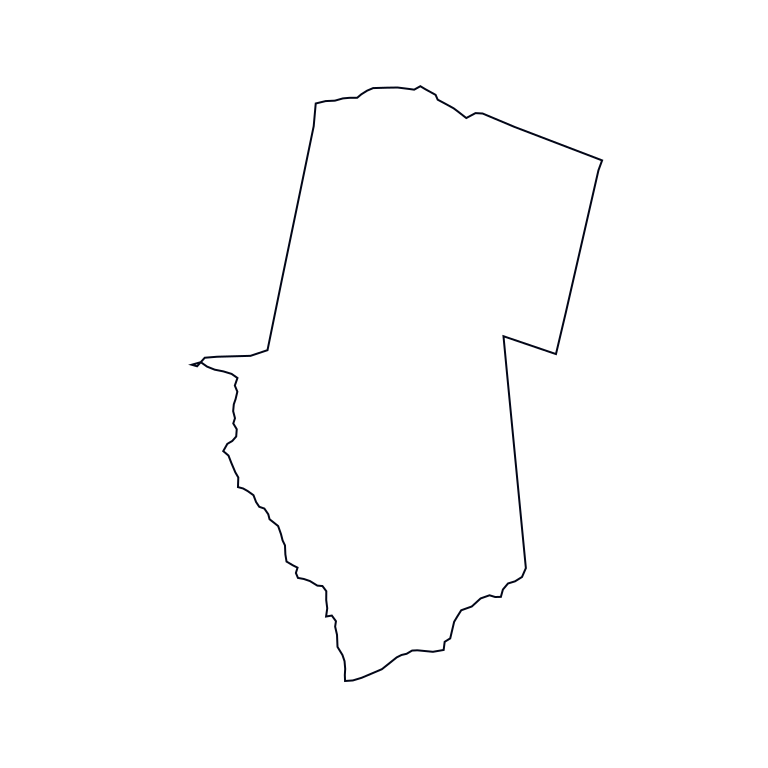 the district of Catingueira, Paraíba, Brazil, rotated 17°
{"feature_id": "56859067B50931657389991", "entity_name": "Catingueira", "entity_type": "district", "adm_level": 2, "iso_a3": "BRA", "parent_name": "Brazil", "parent_adm1": "Paraíba", "projection": "orthographic", "projection_center": [-37.613, -7.154], "detail": "fine", "context": "isolated", "style": "outline", "palette": "ink", "viewbox_px": 768, "rotation_deg": 17, "n_neighbors": 0, "source": "geoboundaries", "source_scale": "gbopen_adm2", "svg_char_len": 1691}
<svg xmlns="http://www.w3.org/2000/svg" viewBox="0 0 768 768"><g transform="rotate(17 384 384)"><path d="M202.4,416.7L209.7,419.1L217.9,419.8L226.7,418.9L235.3,418.9L242.1,421.1L241.8,429.1L246.0,434.2L246.5,441.9L246.3,447.3L247.7,454.1L251.5,460.3L251.4,465.8L256.4,470.3L258.0,477.4L255.6,482.8L251.7,487.0L249.9,495.2L256.2,497.9L261.0,504.0L267.7,512.0L272.0,516.0L274.5,525.3L279.8,525.1L284.8,526.2L291.7,528.5L296.2,534.3L300.6,537.9L306.0,538.1L311.4,542.4L314.1,546.8L319.3,548.8L324.3,550.8L329.4,557.7L332.8,563.3L336.5,567.3L339.5,575.8L342.7,582.3L349.7,584.0L355.0,584.9L355.0,590.5L358.4,594.6L364.3,593.9L370.8,594.1L379.2,596.3L384.2,595.2L389.4,599.0L391.9,607.5L395.3,615.1L396.6,623.3L401.8,620.7L407.4,624.9L408.2,630.3L412.4,637.6L416.4,649.0L423.5,655.3L427.3,660.6L430.2,667.8L431.6,673.7L433.6,679.4L440.9,676.6L448.5,671.5L457.7,663.8L465.4,657.3L476.1,641.7L480.0,638.0L484.5,635.4L488.8,630.7L493.8,628.9L509.1,625.8L518.8,620.9L517.4,612.8L521.7,607.9L520.6,590.9L522.0,585.2L524.0,577.8L533.0,571.1L539.1,560.8L546.7,555.2L552.6,555.2L558.0,553.4L557.8,545.8L560.9,538.5L567.0,534.4L572.4,528.2L573.5,518.6L497.8,336.1L484.3,303.4L539.7,305.1L537.0,262.9L526.6,116.9L527.2,106.4L433.6,100.0L399.2,96.5L392.3,98.2L384.9,105.6L375.0,101.8L370.0,100.0L359.9,97.9L352.2,96.4L348.8,92.4L337.3,90.0L331.7,88.6L326.8,93.7L321.8,94.5L310.3,96.5L300.1,99.8L287.1,104.2L282.1,108.4L277.6,113.6L274.7,118.1L267.1,120.5L261.2,122.9L254.2,127.4L245.5,130.5L236.7,135.7L241.4,158.0L249.4,244.1L255.8,313.6L262.7,385.7L248.1,396.1L216.5,406.7L204.9,411.3L202.4,416.7ZM202.4,416.7L194.5,421.8L200.1,421.7L202.4,416.7Z" fill="none" stroke="#020617" stroke-width="2"/></g></svg>